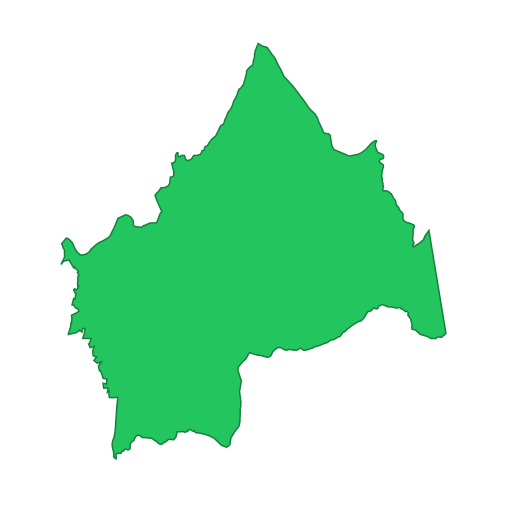 Coahuitlán, Veracruz, Mexico (Equal Earth projection), rotated 184°
{"feature_id": "50627088B66619946151873", "entity_name": "Coahuitlán", "entity_type": "district", "adm_level": 2, "iso_a3": "MEX", "parent_name": "Mexico", "parent_adm1": "Veracruz", "projection": "equal_earth", "projection_center": [-97.706, 20.267], "detail": "fine", "context": "isolated", "style": "filled", "palette": "green", "viewbox_px": 512, "rotation_deg": 184, "n_neighbors": 0, "source": "geoboundaries", "source_scale": "gbopen_adm2", "svg_char_len": 6044}
<svg xmlns="http://www.w3.org/2000/svg" viewBox="0 0 512 512"><g transform="rotate(184 256 256)"><path d="M143.9,379.4L145.7,379.1L148.7,376.6L154.3,369.5L158.2,366.2L161.9,364.4L170.1,362.1L174.4,363.8L185.5,367.5L187.8,370.8L188.6,373.5L190.4,381.6L192.3,383.1L194.7,383.0L197.1,383.7L199.4,388.3L202.8,394.3L204.6,398.4L206.9,401.6L213.4,407.1L217.3,412.3L230.7,427.7L240.7,437.2L244.4,443.9L247.2,448.0L250.8,454.5L254.6,458.8L259.4,464.8L264.6,465.9L268.6,468.2L270.9,461.3L271.6,457.0L271.3,454.7L272.2,450.7L272.5,447.1L273.5,445.3L274.6,444.8L276.7,442.5L278.3,439.9L278.3,436.2L278.7,435.1L279.4,431.3L280.0,428.9L280.3,426.7L282.6,422.8L283.7,421.7L284.5,421.3L284.9,419.9L285.7,418.0L285.9,416.4L286.5,414.3L288.3,410.4L289.0,409.0L289.6,406.4L290.3,403.8L291.8,400.3L293.8,397.7L295.0,394.0L295.6,391.7L296.5,390.1L297.2,386.6L298.2,384.7L299.7,384.2L300.6,382.8L301.2,381.5L302.3,378.3L303.4,375.9L304.6,372.9L307.1,370.6L308.7,368.9L309.3,367.6L311.0,365.3L311.4,364.1L312.3,362.5L314.0,361.9L314.9,360.6L314.7,358.2L316.1,357.6L317.1,357.5L317.8,354.9L318.9,353.3L320.7,352.7L322.2,352.1L323.7,352.2L325.3,351.8L326.3,349.6L327.8,347.6L331.1,346.3L332.9,347.5L334.1,350.7L334.8,351.4L337.9,351.0L338.8,349.8L340.1,349.5L341.0,351.3L341.0,353.4L341.9,353.6L342.7,352.5L343.3,350.8L343.2,349.4L342.9,346.1L344.0,343.7L346.6,342.7L344.0,334.8L343.6,330.6L345.2,328.9L346.9,328.8L347.1,326.2L347.2,322.3L348.4,320.0L351.4,318.1L355.6,317.3L357.8,313.5L359.6,311.7L361.0,309.5L359.7,306.5L358.5,304.0L355.0,297.4L353.0,293.4L354.3,292.2L355.6,288.5L356.2,285.8L357.5,282.2L364.3,281.4L369.3,278.7L370.0,278.6L372.4,276.6L378.8,276.9L380.5,278.0L380.8,282.3L383.4,285.9L387.0,287.8L389.5,287.8L393.1,285.7L396.3,284.0L398.8,276.2L403.0,265.9L404.4,264.2L409.2,260.8L413.2,258.6L416.0,256.4L421.0,251.3L422.9,248.1L425.0,246.5L427.5,245.3L431.1,244.7L434.7,247.4L437.3,251.1L440.0,256.3L443.5,259.6L446.4,260.7L450.8,254.6L449.8,253.1L449.1,250.9L448.5,249.9L447.5,248.8L446.9,241.5L449.7,234.6L449.3,234.5L448.3,236.6L446.8,237.8L446.3,237.8L442.2,238.9L437.5,232.1L436.8,231.3L436.3,232.3L434.1,230.0L433.3,229.7L432.0,227.9L433.0,227.2L431.3,224.1L432.2,223.3L432.1,220.2L431.8,217.8L432.2,216.5L431.6,212.8L431.0,213.2L431.6,211.0L433.0,209.9L434.8,210.6L435.4,209.7L435.3,208.7L434.3,208.0L434.1,206.6L432.8,205.5L433.3,204.2L433.5,200.6L434.9,200.8L435.4,198.5L436.1,194.3L434.3,194.2L433.6,193.0L432.3,191.6L429.8,190.7L428.8,188.4L432.2,186.1L435.9,184.1L435.3,180.5L435.4,176.7L435.8,176.7L436.2,171.7L437.2,167.3L437.7,165.8L437.8,164.6L430.5,166.8L427.6,168.6L427.0,169.9L424.3,167.9L423.8,171.6L421.5,171.7L421.8,166.9L423.1,161.7L414.8,162.2L415.9,157.6L416.8,156.6L415.1,153.0L411.2,154.5L412.3,149.7L411.4,145.0L407.9,144.3L410.4,140.5L406.9,138.0L402.9,139.5L405.5,135.1L404.1,130.6L403.2,130.7L401.6,127.5L400.0,123.3L396.2,122.9L396.2,118.0L399.7,118.4L398.7,113.5L394.4,114.1L394.8,109.7L393.2,111.2L393.1,108.0L392.4,104.6L388.8,104.7L383.9,105.3L384.4,94.6L384.3,89.5L384.3,79.0L384.2,74.1L384.5,68.9L385.1,64.9L386.1,61.1L386.3,59.2L386.4,57.4L385.7,54.6L384.4,50.5L384.1,48.2L384.0,45.7L382.5,44.4L381.5,43.8L381.3,45.5L381.8,46.7L381.7,48.0L380.6,49.4L377.3,49.7L376.8,49.9L376.3,51.6L376.0,52.1L375.3,52.0L374.5,52.3L373.5,54.0L372.6,54.6L370.8,53.6L369.6,53.8L368.5,54.5L368.1,56.2L368.5,58.2L367.9,60.8L366.3,62.6L365.0,63.4L364.0,66.2L363.3,67.6L361.5,69.0L359.4,68.8L357.9,67.7L356.4,66.9L352.4,67.2L351.1,66.9L349.6,66.9L348.7,67.0L347.0,66.8L346.2,66.2L345.2,65.9L344.2,64.7L343.1,64.7L339.9,62.0L338.2,61.6L336.5,61.8L335.5,63.1L332.9,64.5L331.7,65.8L330.5,66.9L328.3,67.1L326.9,66.9L325.1,67.1L323.3,69.7L322.5,73.9L322.5,75.0L316.3,75.8L314.5,75.1L313.3,76.0L312.0,76.2L311.7,77.2L310.6,78.0L309.0,78.2L307.9,77.4L306.4,76.8L305.4,77.4L304.8,76.3L303.9,75.6L303.1,75.5L300.9,75.5L296.3,74.9L290.5,73.6L284.9,71.2L279.1,66.3L277.3,64.8L272.2,63.2L270.1,64.6L268.9,65.9L268.3,72.9L264.5,80.0L261.2,84.9L260.5,89.4L260.9,100.9L261.2,102.1L260.7,105.2L260.9,109.1L261.1,110.4L263.0,119.7L261.9,130.3L266.1,140.7L265.8,144.1L262.2,149.2L258.8,152.8L257.5,155.8L255.8,159.1L247.5,157.2L244.3,157.1L237.6,155.7L235.4,156.6L234.4,157.3L232.6,161.5L231.7,162.7L229.1,165.2L227.8,166.2L224.8,166.3L220.6,164.2L217.9,164.4L217.5,164.9L213.6,165.1L212.5,164.7L208.6,165.0L207.7,165.3L206.3,166.8L206.1,166.7L204.7,167.0L202.0,165.3L200.3,165.3L193.2,168.1L190.3,169.9L187.7,170.6L182.1,173.3L178.5,174.8L176.6,176.6L175.3,177.3L172.3,178.2L168.2,181.1L166.7,181.4L164.1,185.5L161.8,187.1L159.3,189.9L154.3,194.2L149.3,197.7L146.6,198.6L143.7,202.1L140.7,208.1L137.1,209.5L137.0,210.1L135.1,212.2L134.6,212.4L132.5,211.6L130.8,212.1L130.2,214.5L126.5,216.4L120.6,214.4L118.7,214.6L115.1,214.4L112.3,213.8L108.5,214.7L107.6,213.5L106.7,213.1L105.6,212.9L103.1,210.9L101.2,211.4L100.1,209.8L100.4,207.5L97.3,204.0L96.7,201.6L95.5,198.6L95.7,195.7L95.2,193.8L91.7,193.3L86.9,189.3L79.1,187.6L75.7,185.9L70.7,186.2L69.3,187.8L68.2,188.0L65.3,187.8L61.5,191.5L61.2,192.3L85.3,293.6L89.0,287.4L89.9,284.2L90.5,283.5L93.4,280.7L95.8,278.7L97.0,278.0L97.6,277.4L99.5,276.1L100.6,277.2L99.3,279.4L99.9,281.2L100.9,283.0L100.9,290.9L101.1,293.1L100.3,295.2L100.1,297.1L100.5,297.8L104.3,299.3L106.0,299.7L106.9,299.7L108.5,300.2L110.8,301.4L111.4,302.1L112.1,303.7L112.2,307.5L112.5,308.6L114.2,310.3L115.0,311.0L116.0,312.0L116.5,312.8L117.2,314.6L118.3,315.5L119.4,316.7L119.8,317.5L120.8,321.1L122.8,323.2L123.9,325.1L124.8,326.4L125.2,327.4L127.1,328.4L128.1,329.4L130.8,330.2L132.1,329.9L133.3,329.8L134.0,330.6L134.1,332.7L133.7,334.1L134.3,335.4L134.4,337.1L134.7,338.0L135.1,338.7L135.3,339.9L135.4,341.9L136.3,344.4L136.2,345.0L136.1,348.2L135.7,351.3L135.4,352.8L135.1,353.5L135.2,355.4L135.5,356.0L138.8,357.8L139.5,359.2L139.4,360.4L138.4,361.2L136.2,361.9L135.8,362.5L135.6,363.2L135.6,364.1L135.9,365.3L136.3,365.8L140.0,367.4L141.3,367.3L142.6,369.4L143.8,371.7L144.7,374.2L144.8,375.3L144.8,376.4L144.3,377.6L143.9,378.2L143.8,378.9L143.9,379.4Z" fill="#22c55e" stroke="#15803d" stroke-width="1.5"/></g></svg>